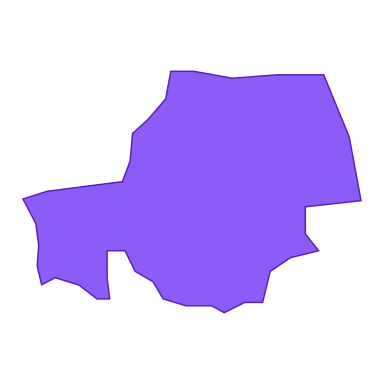 Uroševac, Mercator projection
{"feature_id": "KOS-5913", "entity_name": "Uroševac", "entity_type": "District", "adm_level": 1, "iso_a3": "XKX", "parent_name": "Kosovo", "parent_adm1": "", "projection": "mercator", "projection_center": [21.096, 42.361], "detail": "fine", "context": "isolated", "style": "filled", "palette": "violet", "viewbox_px": 384, "rotation_deg": 0, "n_neighbors": 0, "source": "natural_earth", "source_scale": "10m", "svg_char_len": 596}
<svg xmlns="http://www.w3.org/2000/svg" viewBox="0 0 384 384"><path d="M186.1,305.8L163.2,298.9L153.0,281.7L135.2,271.4L125.0,250.7L107.1,250.7L107.1,278.3L109.7,298.9L96.9,298.9L79.1,285.1L55.1,277.7L41.6,284.7L37.2,266.0L38.7,245.2L35.8,223.5L23.0,199.0L47.1,191.3L94.4,185.2L122.4,181.7L130.1,161.0L132.6,133.4L147.9,119.6L165.7,98.9L170.8,71.3L193.8,71.3L232.0,78.2L277.9,74.8L323.7,74.8L349.2,136.9L361.0,200.6L305.3,206.8L305.3,233.9L318.6,250.7L290.6,257.6L270.2,271.4L262.6,302.4L244.7,302.4L224.3,312.7L211.6,305.8L186.1,305.8Z" fill="#8b5cf6" stroke="#5b21b6" stroke-width="1.5"/></svg>